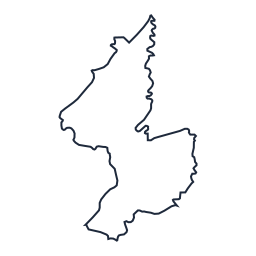 Pando, Canelones, Uruguay
{"feature_id": "84410073B3129113216755", "entity_name": "Pando", "entity_type": "district", "adm_level": 2, "iso_a3": "URY", "parent_name": "Uruguay", "parent_adm1": "Canelones", "projection": "albers", "projection_center": [-55.95, -34.701], "detail": "fine", "context": "isolated", "style": "outline", "palette": "slate", "viewbox_px": 256, "rotation_deg": 0, "n_neighbors": 0, "source": "geoboundaries", "source_scale": "gbopen_adm2", "svg_char_len": 3547}
<svg xmlns="http://www.w3.org/2000/svg" viewBox="0 0 256 256"><path d="M108.3,239.0L109.3,238.7L110.6,238.4L113.3,238.6L115.4,239.7L116.8,240.6L117.3,240.2L117.5,238.7L118.0,236.8L118.8,235.5L120.5,234.9L124.0,234.4L126.5,232.2L127.1,230.2L126.3,227.8L125.1,224.5L124.5,222.0L126.4,221.2L128.4,222.2L130.8,222.1L132.7,220.7L134.0,217.6L133.7,214.4L137.9,210.4L139.8,210.5L142.1,211.6L144.2,211.5L146.2,212.0L150.8,212.7L154.4,213.9L158.7,213.6L164.4,210.7L171.5,206.3L175.4,205.1L176.9,205.6L173.4,201.3L172.9,199.9L173.4,199.5L174.6,199.4L178.8,199.2L179.9,198.4L180.5,192.5L185.3,192.4L187.8,188.4L191.5,183.5L193.2,181.9L192.7,181.1L191.9,179.9L191.3,178.2L191.0,176.4L191.7,174.9L192.3,173.7L193.5,173.8L195.5,173.5L196.2,172.3L194.5,170.1L193.5,168.3L194.6,167.0L196.5,165.3L196.5,163.6L195.1,162.0L194.7,159.3L194.2,157.2L192.6,156.2L192.4,153.9L193.8,147.8L193.9,141.8L194.9,140.6L194.1,139.5L194.2,138.0L195.9,136.0L194.5,134.6L190.3,134.6L189.4,133.4L188.9,132.4L189.2,131.0L188.7,129.6L187.3,128.8L184.8,128.8L180.0,130.9L158.8,136.8L154.3,138.1L150.9,140.3L147.8,140.2L147.7,133.6L145.7,133.6L144.9,133.1L145.0,131.9L146.1,130.8L147.6,130.0L148.2,129.0L148.0,127.6L148.1,126.6L146.8,125.9L145.6,125.8L139.8,131.0L138.1,131.5L136.8,130.7L135.8,129.6L135.6,127.9L138.0,124.9L144.0,119.8L150.4,110.4L151.1,108.3L151.1,104.1L151.7,102.5L152.2,101.7L152.3,100.4L151.4,99.3L149.2,98.6L147.5,98.6L146.7,97.7L146.6,96.5L148.0,96.0L149.3,96.1L150.8,95.3L151.9,93.8L151.6,93.1L150.8,92.5L149.4,92.5L148.6,92.3L148.1,91.5L148.2,90.6L149.0,89.7L150.7,88.0L152.2,86.1L153.1,83.3L152.4,80.9L150.4,78.7L148.9,76.6L149.8,74.1L150.7,72.5L150.0,70.3L148.9,68.8L147.5,68.4L145.4,68.0L145.2,65.9L145.9,63.6L147.9,60.6L149.0,58.7L148.9,56.3L150.5,55.5L152.7,55.5L153.9,55.3L153.3,54.1L152.0,52.8L149.6,51.7L147.4,50.7L147.3,49.0L149.7,47.1L151.1,46.9L152.6,46.2L153.0,45.9L154.2,44.4L154.3,42.2L151.8,40.1L150.3,38.7L150.1,37.4L150.3,36.0L151.2,35.5L152.3,35.7L153.4,35.9L154.5,35.6L154.5,34.7L153.6,33.5L152.9,32.9L152.2,31.5L151.7,30.6L152.0,29.7L153.0,28.8L154.4,28.5L155.2,27.8L155.4,26.4L154.8,25.4L153.0,24.4L152.2,23.7L151.4,22.8L151.1,21.9L151.2,21.1L151.9,20.8L152.9,20.8L154.1,20.8L154.4,20.8L154.6,19.8L154.0,19.1L153.3,18.3L152.5,17.4L151.8,16.3L151.2,15.4L150.4,15.7L149.7,18.2L148.2,21.1L143.6,27.2L136.8,34.8L129.1,42.6L124.4,38.0L123.5,37.3L115.2,37.5L114.4,37.6L114.3,39.2L115.1,41.0L115.0,43.3L114.5,44.1L112.8,44.2L111.8,44.3L110.9,45.0L110.8,45.7L112.2,46.5L113.4,47.5L114.6,48.2L115.5,49.0L116.7,49.9L116.7,50.8L116.0,52.2L114.6,53.2L110.5,58.9L107.7,64.1L103.7,67.3L99.1,68.9L95.7,69.9L94.1,70.3L92.7,70.1L91.7,70.6L92.0,71.5L92.9,72.8L93.7,73.8L94.0,77.9L92.0,82.2L87.4,87.3L77.6,98.9L73.4,102.5L65.2,108.5L61.1,111.8L59.8,115.6L59.7,116.4L59.5,117.0L60.2,118.1L62.9,120.1L62.5,121.2L61.4,122.4L61.4,125.5L61.7,127.3L61.9,128.5L62.6,129.3L63.8,130.0L64.9,129.6L66.2,128.3L67.2,127.8L69.7,127.7L71.4,128.4L73.5,130.7L74.6,133.5L74.5,135.5L74.5,137.3L74.0,138.7L73.4,139.8L73.8,140.7L75.5,142.6L79.0,144.9L84.9,145.9L90.6,146.8L92.2,148.0L93.2,149.1L94.5,149.5L95.4,148.9L96.7,146.7L98.5,146.2L103.2,146.9L105.5,147.0L107.3,147.8L107.6,150.9L108.3,152.8L109.7,153.6L109.8,155.0L110.0,155.7L110.2,157.3L109.5,161.1L110.1,164.1L114.7,168.8L115.0,170.1L116.0,174.6L117.4,180.5L116.7,185.4L114.4,187.3L110.2,189.3L105.5,193.9L101.2,199.4L99.7,202.9L99.7,207.6L99.0,210.3L92.8,217.3L85.5,224.8L86.4,224.7L86.8,226.0L88.6,229.4L95.7,231.0L100.5,232.1L106.6,234.6L108.0,236.0L108.3,239.0Z" fill="none" stroke="#1e293b" stroke-width="2"/></svg>